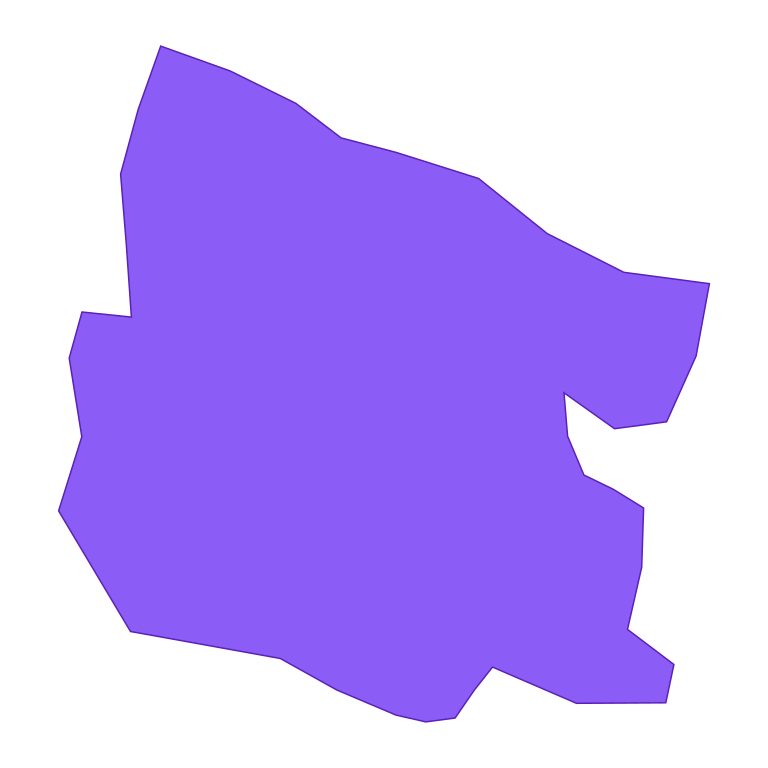 map outline of Valverde (Mercator projection)
{"feature_id": "DOM-1392", "entity_name": "Valverde", "entity_type": "Province", "adm_level": 1, "iso_a3": "DOM", "parent_name": "Dominican Republic", "parent_adm1": "", "projection": "mercator", "projection_center": [-71.013, 19.595], "detail": "fine", "context": "isolated", "style": "filled", "palette": "violet", "viewbox_px": 768, "rotation_deg": 0, "n_neighbors": 0, "source": "natural_earth", "source_scale": "10m", "svg_char_len": 594}
<svg xmlns="http://www.w3.org/2000/svg" viewBox="0 0 768 768"><path d="M131.4,317.1L126.4,245.5L120.6,174.1L138.2,109.4L160.7,46.1L230.2,71.0L295.9,103.4L341.1,137.9L396.1,152.4L478.6,178.5L547.2,233.6L623.8,272.3L709.4,283.7L696.1,356.0L666.6,421.8L614.5,428.7L564.0,392.8L567.6,436.2L583.9,475.0L613.3,489.3L643.6,508.0L641.7,567.3L627.5,629.4L673.9,664.5L665.8,702.8L576.4,703.3L492.5,667.1L474.4,690.0L455.1,718.0L425.8,721.9L396.0,715.1L336.8,690.0L280.3,658.5L130.5,631.5L58.6,510.9L81.8,436.7L69.2,358.1L82.0,312.0L131.4,317.1Z" fill="#8b5cf6" stroke="#5b21b6" stroke-width="1.5"/></svg>